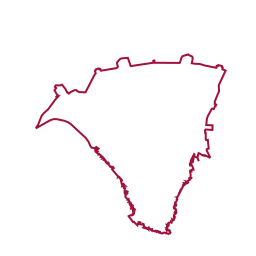 Sector 1, Bucharest, Romania, rotated 19°
{"feature_id": "2599482B44480573036225", "entity_name": "Sector 1", "entity_type": "district", "adm_level": 2, "iso_a3": "ROU", "parent_name": "Romania", "parent_adm1": "Bucharest", "projection": "equal_earth", "projection_center": [26.069, 44.488], "detail": "fine", "context": "isolated", "style": "outline", "palette": "rose", "viewbox_px": 256, "rotation_deg": 19, "n_neighbors": 0, "source": "geoboundaries", "source_scale": "gbopen_adm2", "svg_char_len": 5993}
<svg xmlns="http://www.w3.org/2000/svg" viewBox="0 0 256 256"><g transform="rotate(19 128 128)"><path d="M41.1,157.3L41.5,157.7L52.2,145.7L55.0,143.7L58.5,142.7L65.6,141.9L69.5,142.1L72.6,142.9L91.2,151.1L95.1,153.8L98.3,157.3L99.6,158.2L100.2,158.4L103.0,157.9L104.3,156.3L106.9,157.1L106.4,158.0L105.0,157.5L103.7,160.3L104.2,159.7L104.8,159.9L105.0,159.6L104.5,159.1L105.7,159.7L105.1,160.9L105.3,161.0L105.9,159.6L107.1,160.1L106.2,161.4L108.3,162.2L108.9,161.8L109.4,162.2L109.2,162.6L110.2,162.3L110.8,162.6L110.5,163.1L110.9,162.8L111.4,162.8L111.4,163.2L112.0,163.4L111.9,163.7L112.8,163.4L113.1,163.6L112.8,164.0L113.7,163.8L114.0,164.1L113.9,164.5L114.6,164.3L114.9,164.5L114.7,164.8L115.1,164.6L115.7,165.1L115.7,165.4L115.9,165.2L116.5,165.6L116.4,166.0L117.1,165.9L117.3,166.2L117.1,166.4L117.4,166.3L118.1,166.7L117.9,167.0L118.9,167.3L118.8,167.6L119.2,167.5L119.0,167.8L119.5,168.2L120.5,167.2L120.9,167.4L120.5,167.9L121.1,168.2L120.8,168.6L123.4,169.9L123.4,170.3L124.0,170.7L123.9,171.1L124.6,170.1L125.6,170.7L126.4,169.6L127.6,170.5L126.5,172.3L134.4,177.1L134.5,177.7L135.0,177.0L135.4,177.1L136.3,177.5L136.7,178.3L137.7,178.3L138.4,179.2L138.7,178.9L139.3,179.5L138.4,180.0L140.4,183.1L141.9,182.2L142.7,183.0L144.0,183.5L142.7,183.9L142.8,184.4L141.4,184.9L141.4,185.1L143.3,184.4L143.6,186.0L144.9,185.8L144.9,187.4L145.7,190.1L147.5,192.2L147.6,191.5L147.2,191.5L146.4,190.0L146.7,188.8L147.2,188.9L147.4,188.1L148.4,188.3L148.3,190.0L148.6,190.1L147.5,192.6L148.1,194.2L150.5,195.3L151.6,194.8L151.8,195.2L151.3,196.0L152.3,196.0L152.7,196.6L152.6,197.4L153.1,197.0L153.3,197.3L153.9,197.1L153.7,197.3L154.2,197.6L153.8,198.1L154.1,198.8L154.9,197.9L155.4,198.4L154.7,199.2L155.5,199.5L155.4,199.9L156.6,199.7L156.5,201.0L157.2,200.6L157.3,199.8L157.7,199.8L157.1,201.6L157.8,200.8L158.0,201.0L157.6,202.0L158.0,201.8L157.9,202.3L158.6,201.6L159.2,202.0L158.6,203.0L159.3,203.1L159.0,203.4L159.3,203.9L160.5,202.5L161.0,202.7L161.1,203.0L159.7,204.7L160.0,205.3L160.9,204.6L161.1,204.8L160.1,205.5L160.4,206.1L160.7,206.0L160.6,206.5L161.1,206.2L161.5,206.9L161.0,207.1L161.1,207.5L160.5,208.1L160.8,208.8L159.9,209.5L158.7,209.7L157.3,211.2L163.5,215.3L164.1,214.8L168.6,217.0L168.6,213.8L169.4,213.8L169.4,213.2L170.6,213.3L170.6,215.1L173.2,214.7L173.3,213.7L174.1,213.8L175.3,216.6L174.9,217.2L176.1,217.2L176.0,216.2L176.3,216.5L177.5,216.6L177.8,217.1L178.3,217.1L177.8,216.5L178.0,216.4L178.7,216.9L179.5,216.7L178.6,215.9L179.8,216.7L179.6,216.3L179.8,215.9L179.9,216.3L180.4,216.1L180.4,216.7L180.8,216.9L181.2,216.3L182.9,216.9L182.5,216.3L183.6,215.8L183.9,217.0L187.6,216.9L187.6,216.2L187.9,216.2L187.9,216.9L188.4,216.9L188.4,216.5L189.0,216.8L189.1,216.4L189.9,216.4L189.8,215.7L190.3,215.7L190.3,216.2L191.6,215.9L191.6,216.8L192.8,216.7L192.8,216.3L193.7,216.8L195.1,216.4L195.3,215.6L198.1,214.6L198.4,215.1L198.7,214.8L200.7,215.0L201.2,214.3L202.0,213.9L201.9,213.5L202.1,213.0L201.3,212.4L200.9,211.4L200.0,211.7L199.9,211.4L198.2,212.4L197.9,212.1L197.7,211.7L198.5,211.5L198.1,210.5L197.3,210.8L197.5,210.0L197.1,209.9L197.7,209.5L197.5,208.7L197.0,208.8L196.8,208.1L197.1,207.9L197.1,207.4L196.7,207.1L197.3,207.1L196.8,206.5L196.8,205.9L197.9,206.1L197.3,204.4L199.0,203.3L199.7,203.3L199.5,202.9L199.9,203.1L200.2,201.3L199.6,200.2L200.4,200.5L200.4,200.0L200.8,200.0L200.7,199.6L201.3,199.5L201.3,199.1L201.3,197.5L200.4,197.4L200.3,197.1L200.9,196.7L200.2,196.4L200.1,196.0L200.3,195.8L200.0,195.3L200.2,195.2L200.1,194.6L200.4,193.5L200.9,193.6L201.1,193.1L199.6,192.8L199.6,192.5L201.1,192.3L201.0,191.7L200.6,191.7L200.5,191.2L200.1,191.2L200.1,190.0L199.8,189.4L199.3,189.6L198.9,188.9L197.8,189.1L197.7,188.8L198.0,188.7L197.9,187.5L197.8,187.1L197.3,187.2L197.7,186.1L197.2,186.0L197.2,185.6L198.7,185.6L198.7,185.0L197.8,184.3L197.5,183.5L196.9,183.6L196.9,182.9L197.4,182.9L197.8,179.5L197.3,179.5L197.2,177.3L196.9,177.3L197.2,177.1L197.6,174.8L197.2,174.6L197.7,174.7L197.9,173.2L197.5,173.0L197.8,172.5L197.7,171.4L198.1,171.5L198.2,170.9L197.8,170.7L198.2,170.8L198.4,169.2L198.0,169.1L198.2,168.2L198.6,168.2L199.1,165.1L198.6,165.0L198.6,164.5L199.0,164.6L199.0,163.1L200.1,163.3L200.3,162.9L199.3,162.2L200.2,161.8L199.7,161.6L200.0,161.5L200.5,159.9L202.3,160.6L202.5,160.2L200.7,159.5L201.4,159.4L201.6,158.9L201.1,158.8L201.6,158.8L201.9,158.2L201.5,157.9L202.5,158.1L202.9,157.4L202.0,157.0L202.5,157.1L202.7,156.5L202.4,156.0L203.0,156.0L203.2,155.4L202.9,155.1L203.8,155.5L204.0,155.1L203.5,154.9L203.7,154.6L202.9,154.6L203.0,153.7L202.4,151.7L200.7,148.7L200.7,148.2L202.1,148.3L201.7,146.8L203.5,146.1L202.3,144.4L200.5,142.5L198.8,143.2L198.1,141.6L198.9,141.2L198.7,140.9L199.3,140.5L198.3,139.5L198.0,138.4L199.0,131.1L199.4,131.3L199.9,136.4L200.5,140.1L199.6,133.1L203.1,133.4L205.7,136.3L203.2,133.2L202.9,128.7L207.8,129.6L207.9,129.2L209.6,129.4L209.7,128.7L214.8,129.4L214.9,128.7L209.5,123.4L209.5,122.3L211.0,121.2L210.8,120.8L207.3,113.2L205.9,114.0L205.1,113.1L203.0,107.2L202.6,107.4L201.5,105.2L202.0,104.1L208.4,102.4L207.1,98.0L201.0,99.7L199.6,93.6L199.6,90.8L201.0,82.5L201.8,82.1L202.9,82.2L203.2,78.6L203.7,78.6L203.8,77.2L202.1,76.9L202.2,76.4L201.4,74.8L202.1,63.6L199.9,58.1L201.6,41.9L198.1,41.8L197.9,40.0L197.0,40.0L196.6,38.8L192.9,39.1L192.8,40.2L191.6,40.4L191.9,42.3L180.5,43.9L174.9,44.1L170.7,45.4L167.2,46.0L166.8,42.3L165.9,39.9L165.3,39.5L161.9,39.3L161.1,38.8L156.3,42.2L155.7,43.9L155.8,49.4L155.5,49.7L131.8,57.7L130.9,55.6L130.0,56.1L130.6,58.1L110.4,68.6L105.0,61.7L98.7,64.6L98.0,65.4L96.3,69.5L96.8,70.9L98.5,73.4L97.7,75.1L83.8,82.6L82.6,81.2L81.7,81.9L81.0,81.2L78.3,83.2L78.7,84.4L78.2,85.0L79.7,86.9L79.0,88.8L76.2,108.1L70.4,109.9L68.0,109.7L66.8,109.0L65.4,109.5L62.0,112.7L61.2,114.4L60.6,114.8L59.2,113.8L58.8,114.1L56.1,111.5L51.5,108.5L50.3,109.7L45.8,111.2L45.4,112.9L47.1,113.6L46.2,116.2L49.9,119.5L51.8,120.1L49.4,122.3L51.6,121.1L50.0,124.8L46.5,136.1L43.6,141.4L42.4,144.6L41.9,154.7L41.1,157.3Z" fill="none" stroke="#9f1239" stroke-width="2"/></g></svg>